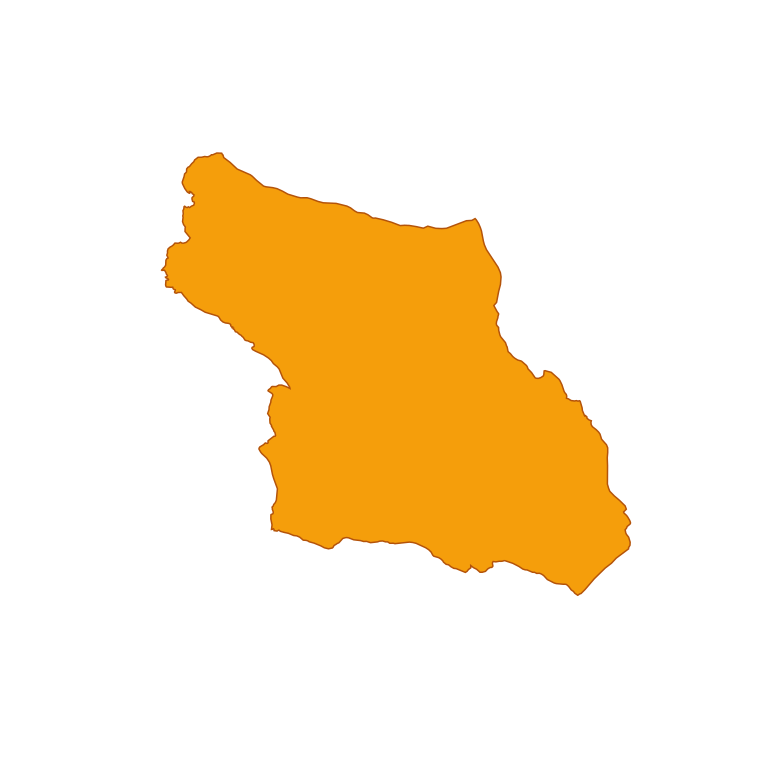 Ruscova, Maramures, Romania (Robinson projection), rotated 223°
{"feature_id": "2599482B43305241413801", "entity_name": "Ruscova", "entity_type": "district", "adm_level": 2, "iso_a3": "ROU", "parent_name": "Romania", "parent_adm1": "Maramures", "projection": "robinson", "projection_center": [24.321, 47.803], "detail": "fine", "context": "isolated", "style": "filled", "palette": "amber", "viewbox_px": 768, "rotation_deg": 223, "n_neighbors": 0, "source": "geoboundaries", "source_scale": "gbopen_adm2", "svg_char_len": 6158}
<svg xmlns="http://www.w3.org/2000/svg" viewBox="0 0 768 768"><g transform="rotate(223 384 384)"><path d="M658.0,441.7L658.4,441.5L660.1,442.1L663.8,438.9L665.6,434.8L666.5,434.0L666.9,431.9L667.6,430.4L668.3,429.5L670.3,428.1L672.0,425.5L674.6,423.0L675.3,418.7L674.7,416.9L674.9,414.0L674.6,410.4L675.2,408.7L675.0,406.7L673.3,404.7L673.0,404.1L673.1,401.6L671.8,399.6L669.3,394.1L668.1,393.1L663.0,391.1L659.0,390.3L657.2,390.5L656.2,391.0L656.3,391.4L657.6,392.1L657.2,392.5L655.1,392.9L654.1,392.4L652.1,392.8L651.3,391.8L651.5,389.5L650.7,388.4L648.5,387.0L646.9,387.6L646.0,387.0L645.1,385.0L646.1,382.8L646.5,380.5L648.0,380.1L648.1,379.0L648.4,378.7L649.5,378.2L651.0,378.1L651.2,377.4L649.7,375.3L649.3,373.7L646.8,371.5L645.8,369.7L644.6,368.8L642.1,365.4L639.3,363.9L636.3,363.3L635.8,362.4L633.5,359.8L625.4,358.7L625.0,356.4L625.2,352.8L626.6,350.3L627.9,349.2L629.5,348.9L630.0,347.4L630.7,346.4L633.0,344.5L632.9,342.0L633.2,340.0L633.8,338.4L634.1,335.7L633.1,333.6L631.7,332.2L630.7,330.1L627.9,329.0L627.8,328.7L628.3,327.5L627.9,325.8L624.7,322.0L624.3,319.9L624.5,318.2L624.2,317.0L624.4,316.4L624.3,315.6L623.9,315.6L622.1,317.5L619.5,316.8L618.2,316.0L616.4,315.7L616.2,315.5L616.1,314.6L616.7,313.1L616.1,312.9L613.9,313.6L612.8,313.4L612.7,313.0L613.9,311.5L614.0,310.9L611.3,307.5L610.2,306.8L609.3,306.6L605.8,309.4L604.5,310.7L603.2,309.9L602.0,310.0L600.9,310.6L600.4,310.1L599.9,308.4L599.2,308.1L598.5,308.3L597.6,309.1L597.1,310.4L594.6,312.8L590.5,312.0L586.1,311.6L583.8,311.0L580.4,311.5L574.4,311.6L568.3,313.5L563.8,314.5L551.9,320.3L550.2,320.3L547.2,319.4L544.2,319.5L541.6,320.5L539.1,322.3L537.6,322.9L536.5,322.8L535.9,322.1L534.9,321.9L534.3,321.8L533.7,322.4L533.3,321.6L532.2,322.2L531.9,321.5L530.6,321.7L528.3,320.9L526.9,321.7L523.7,321.7L521.6,322.2L520.7,322.0L518.6,322.1L515.7,321.3L514.5,321.7L513.0,322.7L510.0,323.6L507.9,325.0L506.1,324.5L504.7,323.1L504.7,322.4L505.4,321.1L505.3,320.5L504.8,319.9L503.5,319.6L500.3,320.4L492.0,323.2L486.3,324.2L482.4,324.3L478.8,323.5L473.6,323.8L470.8,323.4L461.9,319.3L455.6,318.7L450.9,317.4L449.7,316.6L453.6,315.4L458.0,313.5L460.1,311.6L461.1,308.6L464.1,305.9L464.3,305.2L464.1,303.2L464.5,301.2L464.4,300.2L464.0,299.9L459.4,300.7L458.0,300.3L457.2,299.2L455.7,295.2L454.3,293.3L452.5,289.1L450.7,286.9L448.9,283.0L444.6,282.0L443.7,280.5L440.7,277.7L438.0,277.0L437.6,276.4L433.2,275.0L432.3,274.4L430.7,274.2L428.1,272.3L428.0,271.5L428.9,270.6L430.0,264.0L430.0,263.2L428.8,262.1L428.7,261.3L429.0,260.8L430.6,259.9L430.7,257.5L431.9,253.3L431.6,251.8L431.0,251.1L427.8,250.1L425.9,249.8L419.2,249.8L414.5,248.7L411.1,247.0L403.9,241.8L400.3,239.7L390.5,234.7L383.5,225.6L382.6,223.1L382.5,220.7L381.8,219.1L381.9,217.6L380.8,216.9L380.4,216.3L377.9,215.0L377.1,214.2L376.8,213.2L377.5,211.7L377.5,211.2L374.7,208.1L369.8,204.6L367.1,200.9L366.5,201.7L366.3,202.6L365.4,202.7L364.4,201.8L361.9,203.5L361.5,205.0L361.0,205.5L359.3,205.6L355.6,207.5L352.1,209.6L346.7,211.6L344.3,213.4L341.2,214.5L336.6,214.7L334.6,216.3L333.1,217.2L331.1,217.6L326.7,219.9L319.9,222.5L316.0,223.5L312.2,225.6L309.9,228.9L309.9,229.9L310.4,231.9L309.8,233.7L309.6,235.0L308.7,237.2L308.8,242.9L307.6,245.0L306.6,246.2L305.1,247.3L299.9,249.4L294.5,253.4L291.4,255.0L289.4,257.0L285.6,258.8L281.0,264.2L280.0,266.1L278.0,268.2L275.2,269.6L273.7,271.0L271.1,271.5L268.6,273.9L267.1,274.7L257.6,285.7L254.9,287.7L251.8,289.4L241.8,292.7L238.3,293.3L234.9,293.2L231.7,292.1L230.2,292.0L225.6,294.3L223.2,294.8L220.5,294.8L219.0,294.3L215.6,294.5L213.5,295.8L210.4,296.0L207.2,296.8L205.3,298.2L196.0,301.7L195.5,303.6L195.7,305.9L195.2,308.8L196.8,310.4L193.3,310.7L189.9,311.7L185.4,311.8L183.7,313.4L182.0,316.2L182.0,319.6L181.3,322.0L180.1,323.4L180.0,324.1L180.0,324.7L180.6,325.5L182.1,326.5L182.8,327.3L183.1,328.6L180.9,330.2L178.7,333.1L177.5,334.1L176.2,335.7L175.9,336.5L175.0,337.3L167.5,340.7L160.8,342.6L156.3,343.3L154.0,344.4L152.5,345.6L147.0,347.6L145.4,349.0L143.2,349.6L141.2,351.6L139.2,352.4L136.6,352.8L131.2,352.4L123.9,354.5L121.9,355.5L116.2,359.9L115.0,361.1L113.8,361.8L111.0,361.9L106.6,361.1L104.0,361.5L101.8,361.1L98.3,361.6L98.0,362.3L97.8,363.7L97.0,365.2L96.8,370.7L97.4,385.0L96.7,400.3L95.4,408.1L95.4,415.1L92.7,430.2L93.5,431.1L94.1,433.8L96.1,436.2L100.6,438.8L104.2,439.4L105.5,439.9L108.2,441.8L108.3,443.8L109.0,445.7L108.5,449.2L108.7,450.1L109.3,450.8L111.3,451.8L114.6,452.8L116.9,453.3L120.5,453.3L121.5,453.8L121.4,457.7L124.5,459.3L132.5,459.5L139.3,459.2L145.7,459.5L148.6,460.9L152.3,463.1L164.8,476.7L170.4,482.3L173.7,486.5L176.9,489.9L179.9,491.3L187.2,492.0L191.9,494.7L194.3,495.2L197.4,495.3L202.6,494.9L204.8,495.6L206.6,497.2L207.3,498.5L209.4,497.6L211.5,497.4L212.4,497.5L213.1,498.3L214.0,498.1L214.8,498.4L215.1,498.4L215.5,497.5L220.8,499.9L222.9,501.7L228.8,505.2L229.7,505.0L230.4,503.8L231.9,503.1L233.1,501.5L235.9,499.5L239.0,498.9L240.8,498.0L242.1,499.8L243.6,500.7L246.0,501.0L247.4,501.5L253.4,504.8L257.5,506.4L259.3,506.8L269.6,506.6L275.3,503.6L275.8,502.8L273.4,499.7L273.0,498.4L273.7,495.6L275.0,493.3L276.8,491.9L277.6,491.6L283.9,493.0L289.1,493.3L290.7,494.2L292.4,494.7L298.6,494.5L299.5,494.3L302.6,492.7L306.1,492.0L308.7,491.9L312.2,492.4L315.0,492.3L315.8,492.6L319.2,495.1L320.1,495.3L323.4,497.1L330.8,498.1L332.7,498.9L336.6,501.4L338.8,503.5L341.7,503.8L343.0,504.7L344.3,506.5L345.9,510.1L346.6,510.9L347.7,513.1L348.2,513.6L350.7,514.1L357.2,516.3L357.3,520.4L363.4,530.1L366.7,536.2L371.4,542.1L374.8,544.8L380.3,547.2L400.6,552.1L405.6,554.3L408.8,556.3L417.1,562.4L420.4,564.2L424.4,565.9L428.5,567.0L430.2,567.1L431.3,563.6L435.1,559.6L444.5,540.5L447.7,537.1L452.4,533.1L459.6,529.3L461.5,524.8L467.6,521.2L473.6,517.2L477.2,514.1L480.2,510.9L488.6,507.5L496.5,503.6L503.4,499.6L504.7,498.2L505.9,497.5L511.3,496.8L514.9,495.6L520.4,491.3L523.7,490.5L528.6,490.0L532.5,488.8L542.1,483.5L552.0,475.1L556.8,472.5L563.8,469.6L567.2,467.8L572.0,463.3L574.5,461.8L583.7,457.3L589.8,455.8L595.5,453.9L599.3,451.7L604.7,447.8L607.0,446.6L616.0,446.0L622.2,446.1L624.5,445.8L637.9,441.1L647.6,441.1L655.6,440.3L658.0,441.7Z" fill="#f59e0b" stroke="#b45309" stroke-width="1.5"/></g></svg>